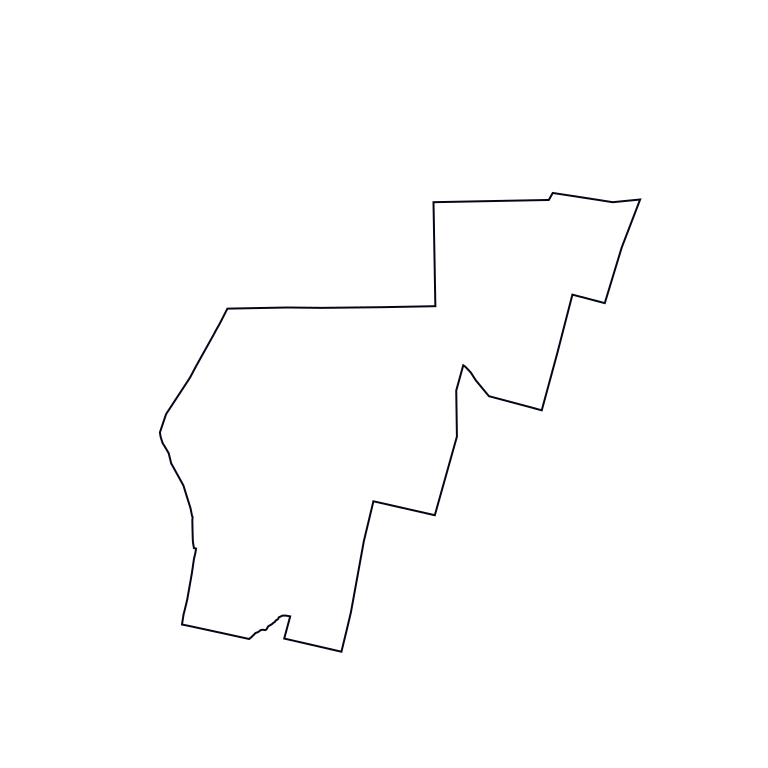 the district of Florencio Varela, Buenos Aires, Argentina, rotated 226°
{"feature_id": "61730980B88470206742087", "entity_name": "Florencio Varela", "entity_type": "district", "adm_level": 2, "iso_a3": "ARG", "parent_name": "Argentina", "parent_adm1": "Buenos Aires", "projection": "mercator", "projection_center": [-58.275, -34.889], "detail": "fine", "context": "isolated", "style": "outline", "palette": "ink", "viewbox_px": 768, "rotation_deg": 226, "n_neighbors": 0, "source": "geoboundaries", "source_scale": "gbopen_adm2", "svg_char_len": 1779}
<svg xmlns="http://www.w3.org/2000/svg" viewBox="0 0 768 768"><g transform="rotate(226 384 384)"><path d="M360.2,84.2L357.3,79.5L351.3,71.6L344.8,76.1L317.3,94.5L294.2,109.9L294.2,110.5L294.2,111.3L294.1,111.8L294.0,112.5L294.0,113.2L294.1,114.1L294.1,114.9L294.0,115.5L294.0,116.2L294.1,117.0L294.1,117.6L294.2,118.2L294.0,118.7L293.9,119.2L293.6,119.6L293.5,120.1L293.2,120.6L293.0,121.2L292.9,121.9L292.8,122.6L292.7,123.6L292.6,124.3L292.3,124.9L291.9,125.4L291.2,126.3L290.8,126.6L290.4,126.9L289.9,127.2L289.4,127.7L289.2,128.4L289.2,129.3L289.3,129.9L289.5,130.5L289.8,131.0L290.1,132.1L289.9,133.3L289.7,134.1L289.5,134.9L289.4,135.5L289.2,136.0L289.1,136.6L289.1,137.7L289.0,138.8L288.7,139.9L288.8,140.9L289.0,141.7L289.0,142.6L288.6,143.5L288.5,144.2L288.6,144.8L288.9,145.4L289.2,146.1L289.1,146.7L288.6,147.8L288.5,148.3L288.3,149.1L287.9,150.0L287.5,150.5L287.2,150.9L286.8,151.3L286.3,151.7L286.0,152.2L282.0,155.1L270.2,135.4L221.0,167.4L234.1,188.1L242.9,201.8L285.0,260.4L299.7,283.5L307.0,294.9L254.3,329.4L264.3,346.5L295.5,399.9L329.1,431.4L342.4,454.0L339.8,454.5L331.9,454.4L323.0,452.6L302.4,451.0L255.5,479.2L285.7,529.9L317.4,581.6L288.8,599.0L317.0,649.7L338.8,696.4L355.9,674.8L367.7,665.9L404.2,638.1L401.9,630.4L480.4,545.9L404.3,475.0L440.1,436.5L482.3,391.8L506.0,367.8L547.0,323.7L541.5,307.7L539.2,299.9L537.9,296.0L530.8,272.5L527.4,261.3L523.4,249.0L522.9,246.9L513.7,206.3L504.8,189.1L501.0,186.5L495.3,183.7L490.2,182.6L483.7,181.0L474.8,175.8L450.3,169.2L441.2,164.6L429.0,158.5L422.5,154.3L421.2,153.9L420.3,152.8L419.1,151.5L418.0,150.4L405.5,138.9L404.1,137.7L402.8,136.6L401.8,135.9L400.8,135.2L398.0,133.3L396.2,134.5L393.6,131.1L390.2,125.8L381.3,114.3L365.7,92.8L360.2,84.2Z" fill="none" stroke="#020617" stroke-width="2"/></g></svg>